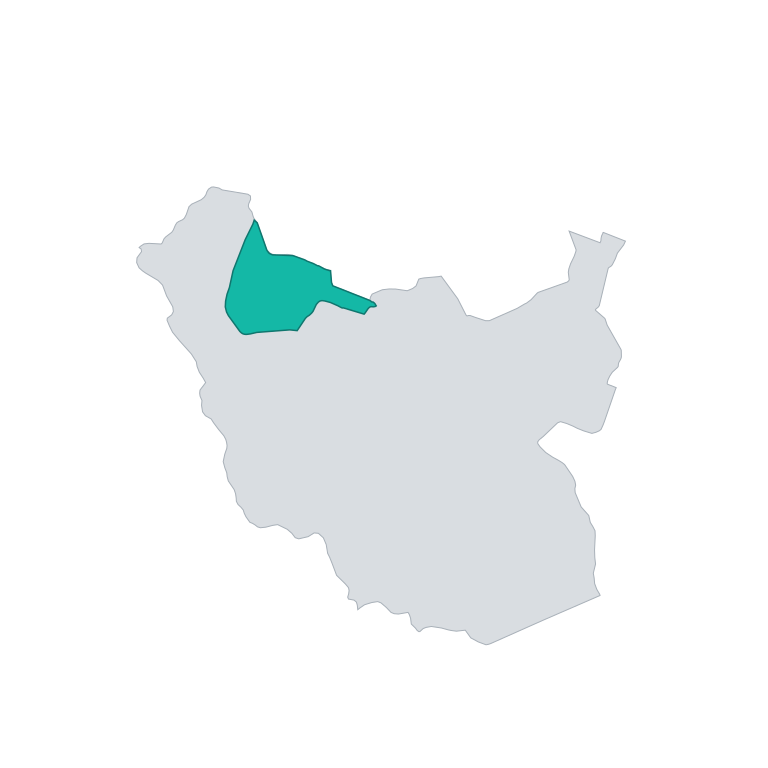 South Sudan, with Northern Bahr el Ghazal highlighted, rotated 21°
{"feature_id": "SDS-147", "entity_name": "Northern Bahr el Ghazal", "entity_type": "State", "adm_level": 1, "iso_a3": "SSD", "parent_name": "South Sudan", "parent_adm1": "", "projection": "mercator", "projection_center": [27.804, 8.898], "detail": "fine", "context": "in_parent", "style": "filled", "palette": "teal", "viewbox_px": 768, "rotation_deg": 21, "n_neighbors": 0, "source": "natural_earth", "source_scale": "10m", "svg_char_len": 4900}
<svg xmlns="http://www.w3.org/2000/svg" viewBox="0 0 768 768"><g transform="rotate(21 384 384)"><path d="M597.0,567.7L576.6,588.1L575.2,589.3L572.7,590.9L564.5,591.0L556.0,589.9L548.1,584.7L540.2,588.8L535.2,590.0L532.2,590.5L525.1,591.2L515.1,593.4L510.6,596.1L508.2,598.3L506.2,602.3L505.2,602.7L503.3,602.2L500.8,600.6L495.5,598.3L492.8,593.2L490.3,590.2L488.3,588.6L479.9,593.6L475.8,594.8L472.4,594.7L466.3,591.8L459.6,589.4L456.1,589.4L450.9,592.4L445.0,597.0L441.9,601.5L440.4,604.1L438.3,600.0L436.4,597.5L433.5,596.5L427.9,597.5L426.5,596.0L426.2,592.5L425.4,589.3L423.9,586.9L419.6,584.5L408.3,579.6L399.6,569.8L395.3,565.2L392.1,562.3L387.6,554.6L382.5,549.3L376.2,546.9L372.1,548.1L367.9,553.7L359.9,559.1L356.2,559.3L351.5,556.4L345.7,554.3L335.1,553.4L330.7,555.9L325.0,560.0L320.1,562.5L317.1,562.7L314.3,561.8L311.1,561.2L308.4,561.2L302.7,557.4L299.8,554.7L297.8,552.1L294.6,550.3L290.9,548.8L288.2,546.4L286.9,543.5L284.8,539.7L282.0,536.3L273.4,530.3L270.8,526.7L269.0,523.2L265.5,519.3L261.7,514.1L260.5,506.5L260.3,500.4L259.5,497.6L257.9,494.8L256.1,492.4L253.0,489.7L246.0,485.8L238.7,481.2L235.2,478.6L228.6,477.6L224.6,475.0L221.3,469.3L220.0,464.7L216.6,461.2L215.2,458.6L214.4,455.6L217.0,446.6L213.2,443.4L207.4,439.2L203.3,434.7L200.8,430.5L193.4,425.0L177.4,416.8L168.1,411.5L163.0,406.8L158.6,402.2L158.1,400.2L161.0,395.6L161.4,391.8L159.1,387.6L149.5,379.7L141.8,371.0L136.0,368.3L121.9,365.9L117.9,364.9L113.7,363.3L109.6,359.3L108.2,354.7L110.2,347.3L108.9,345.0L106.5,344.4L107.2,342.8L109.8,339.2L114.2,336.9L125.7,333.2L126.4,331.8L126.6,327.2L127.5,324.9L131.5,318.4L132.1,315.9L132.3,310.4L132.8,307.8L134.0,306.0L137.1,302.8L138.2,300.8L138.7,296.6L138.4,288.3L140.0,285.0L147.3,277.5L149.2,274.1L149.9,271.1L149.8,268.0L150.3,265.0L152.4,262.0L154.3,261.1L159.7,260.2L163.3,260.8L188.9,255.6L191.9,256.3L193.3,259.4L193.1,264.3L193.6,266.6L195.0,268.3L199.0,270.7L201.8,274.5L203.3,276.0L207.4,278.6L226.5,300.9L231.9,303.0L237.1,302.3L247.4,297.6L252.6,296.5L288.8,297.8L292.8,297.1L293.1,297.2L298.6,308.4L301.2,310.9L340.9,311.0L340.2,307.8L340.7,304.3L347.7,297.5L348.7,296.6L354.8,293.4L360.8,291.2L372.3,288.6L376.5,284.6L378.8,280.9L378.9,273.6L380.4,272.4L383.2,270.7L396.5,264.2L398.7,262.8L422.3,278.0L435.5,289.9L436.3,290.5L437.0,290.7L437.7,290.3L438.2,289.8L439.8,289.2L445.5,289.1L456.2,288.5L459.7,287.1L481.2,265.7L486.6,258.9L488.0,257.5L491.1,252.6L494.4,244.3L495.0,243.3L518.5,223.2L519.4,221.6L519.6,220.4L516.0,213.6L515.3,210.2L515.1,204.9L515.8,196.6L515.6,191.4L515.3,190.0L515.1,189.7L502.0,174.9L535.1,174.7L535.2,172.9L535.1,172.3L534.5,170.5L534.1,168.1L534.1,166.8L534.3,165.6L534.3,164.9L534.2,164.3L534.2,164.1L534.4,163.9L558.2,164.1L557.9,168.3L555.0,178.2L555.1,184.1L554.4,190.9L553.6,192.9L552.3,194.5L551.9,195.3L551.9,196.1L556.9,233.8L556.5,235.3L555.2,237.7L554.8,238.5L554.8,239.1L555.3,239.5L566.3,243.5L566.8,243.8L567.2,244.1L571.2,249.0L592.8,266.8L593.5,267.7L595.8,273.3L596.0,274.2L596.1,275.5L596.0,276.5L595.5,279.9L595.7,281.4L596.0,282.4L596.3,283.6L596.3,283.9L596.1,284.7L592.9,291.2L591.9,295.8L591.6,299.7L591.8,301.9L592.1,303.3L592.4,303.9L592.7,304.1L602.1,304.2L602.0,306.2L603.2,340.0L603.2,343.8L602.9,348.6L601.8,350.5L599.2,353.1L595.8,355.6L587.4,356.2L580.4,356.1L575.5,355.6L568.7,355.4L562.3,355.9L560.0,358.0L551.5,375.9L548.9,380.4L548.2,383.0L549.0,384.6L552.3,386.8L559.5,390.0L567.8,391.9L574.0,392.7L578.3,393.5L581.5,394.5L593.3,402.7L597.1,406.4L599.2,409.8L599.7,413.3L601.4,416.9L612.1,428.1L622.3,433.4L626.2,439.3L630.0,442.2L633.6,445.4L635.6,450.0L640.0,463.4L643.0,470.5L646.0,476.2L647.2,485.6L649.7,489.8L652.2,494.9L656.3,499.5L660.7,503.0L661.5,504.0L617.1,547.6L597.0,567.7Z" fill="#d9dde1" stroke="#a8b0b8" stroke-width="1"/><path d="M293.5,297.4L298.6,308.0L301.0,310.7L320.9,310.9L340.8,311.1L341.6,311.3L341.9,311.3L342.4,311.5L342.7,311.7L343.0,311.7L343.3,311.7L343.7,311.6L344.1,311.5L344.4,311.4L344.8,311.5L345.3,311.7L345.8,311.8L346.2,312.0L347.1,312.5L347.5,312.8L348.2,313.5L348.7,313.8L348.6,314.0L348.5,314.4L347.4,315.2L346.3,315.8L344.0,316.5L343.0,317.5L342.2,319.1L340.9,324.5L340.4,325.9L318.8,327.5L318.7,327.5L318.0,327.9L317.5,328.0L317.0,328.0L313.7,327.6L313.2,327.5L304.7,327.1L299.0,327.7L296.8,328.2L295.4,328.8L294.4,329.6L293.4,331.0L292.3,334.0L291.7,341.6L291.0,343.8L289.6,346.6L288.1,348.6L287.1,350.8L283.8,365.3L276.7,367.2L246.8,381.4L241.3,385.1L238.2,386.8L236.9,387.3L235.7,387.6L234.3,387.7L232.6,387.4L230.6,386.6L214.2,375.9L211.2,373.2L208.2,368.9L206.4,363.3L205.3,356.4L205.1,349.3L202.5,332.3L202.7,299.0L204.3,281.7L204.1,277.5L207.9,279.0L217.4,290.1L226.8,301.2L229.0,302.6L230.2,303.2L233.1,303.4L233.6,303.4L252.9,296.8L265.8,296.5L268.1,296.9L275.2,296.9L279.3,297.4L279.6,297.4L280.6,297.1L280.9,297.1L287.3,298.0L292.2,297.7L293.0,297.6L293.5,297.4Z" fill="#14b8a6" stroke="#0f766e" stroke-width="1.5"/></g></svg>